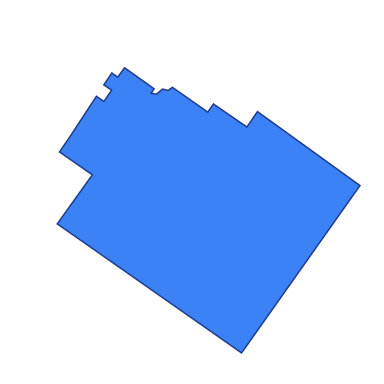 outline of Jim Hogg, Texas, United States of America, rotated 305°
{"feature_id": "52423323B38410477009705", "entity_name": "Jim Hogg", "entity_type": "district", "adm_level": 2, "iso_a3": "USA", "parent_name": "United States of America", "parent_adm1": "Texas", "projection": "natural_earth1", "projection_center": [-98.61, 27.071], "detail": "fine", "context": "isolated", "style": "filled", "palette": "blue", "viewbox_px": 384, "rotation_deg": 305, "n_neighbors": 0, "source": "geoboundaries", "source_scale": "gbopen_adm2", "svg_char_len": 446}
<svg xmlns="http://www.w3.org/2000/svg" viewBox="0 0 384 384"><g transform="rotate(305 192 192)"><path d="M88.6,324.9L293.6,325.9L295.4,199.5L276.7,199.7L276.4,159.1L266.5,159.1L266.5,115.9L261.4,114.1L259.5,108.9L251.6,106.7L249.6,101.8L254.8,101.8L255.1,65.5L243.5,65.3L243.5,58.1L229.2,58.3L229.3,67.8L215.6,67.9L215.6,58.8L167.2,60.3L148.8,60.5L148.9,100.5L88.6,99.9L88.6,324.9Z" fill="#3b82f6" stroke="#1e3a8a" stroke-width="1.5"/></g></svg>